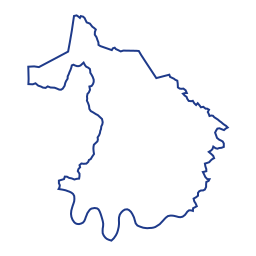 the district of Chapecó, Santa Catarina, Brazil
{"feature_id": "56859067B15703493579664", "entity_name": "Chapecó", "entity_type": "district", "adm_level": 2, "iso_a3": "BRA", "parent_name": "Brazil", "parent_adm1": "Santa Catarina", "projection": "robinson", "projection_center": [-52.66, -27.112], "detail": "fine", "context": "isolated", "style": "outline", "palette": "blue", "viewbox_px": 256, "rotation_deg": 0, "n_neighbors": 0, "source": "geoboundaries", "source_scale": "gbopen_adm2", "svg_char_len": 3966}
<svg xmlns="http://www.w3.org/2000/svg" viewBox="0 0 256 256"><path d="M213.0,115.8L211.2,115.5L209.5,116.0L208.6,113.6L207.8,112.0L209.0,109.7L207.2,108.7L205.6,108.7L203.3,106.8L200.9,107.3L199.4,105.2L197.7,103.2L196.1,105.0L194.2,103.2L192.8,100.8L191.2,101.2L188.7,100.9L187.2,98.7L186.6,96.9L184.6,95.5L183.0,93.7L184.9,93.1L186.8,93.0L185.6,90.3L183.4,88.6L181.7,88.8L179.7,88.6L177.9,87.4L177.7,83.4L177.3,80.7L175.3,79.8L173.9,78.7L172.0,77.8L170.1,76.9L169.3,74.7L156.3,78.1L145.3,61.4L141.2,55.1L138.8,51.0L136.3,50.8L123.3,50.6L120.7,51.4L118.1,50.1L115.9,49.1L114.7,47.7L112.9,48.3L111.8,50.1L100.4,46.1L98.5,44.9L98.4,42.4L97.4,39.9L96.5,37.2L94.8,34.7L94.9,31.9L95.8,29.5L93.9,27.8L92.4,26.8L91.3,25.4L89.9,23.6L86.7,22.4L85.5,20.0L84.7,18.2L83.2,16.7L80.8,16.1L79.9,17.9L78.5,16.7L76.6,15.4L74.0,16.0L71.8,30.8L69.7,43.0L68.1,51.6L52.5,59.9L38.9,67.1L34.2,66.4L28.3,66.7L28.6,79.0L28.4,84.1L32.8,84.3L35.5,83.3L37.0,84.6L38.3,85.7L40.8,86.5L43.0,87.6L45.6,87.9L47.7,86.4L50.5,87.5L54.5,87.7L56.7,88.5L59.2,89.6L61.0,89.7L62.7,88.7L64.6,85.8L65.2,83.2L66.0,81.2L67.6,78.7L67.7,76.3L68.7,74.3L69.4,72.3L70.4,70.1L71.3,67.6L71.8,65.4L73.4,64.7L75.1,65.5L76.9,66.1L78.8,66.1L80.5,65.5L83.6,62.6L85.0,65.2L86.2,66.7L88.1,67.6L89.8,68.9L90.2,70.7L90.3,72.8L91.4,74.5L92.7,76.9L93.7,79.7L93.7,81.9L93.0,84.0L91.6,86.0L89.4,86.5L90.0,89.8L88.8,92.5L87.5,93.8L87.0,96.5L87.2,98.7L86.9,100.6L88.1,103.2L89.0,105.8L89.4,109.0L90.8,111.1L93.0,112.3L96.0,114.2L97.8,115.1L102.0,119.0L102.7,122.2L102.3,124.4L101.3,126.4L101.0,129.1L100.3,130.8L99.9,133.2L99.0,135.4L97.6,137.4L97.9,139.5L97.4,141.4L95.6,143.1L93.9,144.7L93.5,146.8L93.4,148.7L93.6,151.4L94.0,154.0L92.2,156.6L90.7,159.1L88.9,160.0L88.3,161.8L86.4,163.6L83.6,163.8L81.4,163.5L79.5,165.2L80.1,167.2L78.4,169.1L77.8,171.1L79.5,173.7L79.5,176.1L79.1,178.6L76.8,178.8L74.4,179.5L71.7,178.4L69.1,177.9L67.0,176.7L64.8,176.6L64.0,179.1L58.9,180.6L58.9,183.2L59.8,185.2L59.5,187.3L58.6,189.0L61.1,189.4L62.9,189.7L65.6,190.3L67.8,191.1L69.5,191.7L71.5,192.7L73.1,194.0L74.2,196.0L74.4,198.8L74.2,201.2L73.5,203.5L72.7,205.7L72.1,207.7L71.3,210.6L71.0,213.9L71.4,216.8L72.5,219.7L74.2,222.2L75.5,223.3L77.0,223.9L79.0,224.1L81.2,223.5L83.0,222.6L84.3,221.0L85.1,219.2L85.7,217.4L86.6,215.2L87.3,213.3L88.5,211.5L89.9,209.6L91.4,208.6L94.6,208.0L97.1,208.4L98.5,209.4L99.7,211.5L100.7,214.1L101.4,216.3L102.2,219.0L102.8,221.3L103.2,223.7L103.1,226.2L102.7,228.6L102.6,230.5L102.7,233.2L103.7,235.5L105.2,237.5L106.7,238.8L108.6,239.7L111.4,240.6L113.8,238.3L115.9,235.3L117.1,232.9L117.9,230.4L118.7,226.9L119.0,224.1L119.0,222.1L118.9,220.2L119.0,217.5L119.8,214.6L121.3,212.4L122.9,210.8L124.8,209.6L127.2,209.3L128.9,210.0L130.9,211.8L132.3,214.0L133.2,215.8L134.0,217.5L134.7,220.0L135.7,223.4L137.4,225.5L139.4,226.4L141.4,227.1L143.2,227.7L145.4,228.0L147.2,228.2L149.4,228.0L151.6,227.9L153.4,227.6L155.3,227.0L157.2,225.8L159.7,224.2L161.2,222.6L163.0,220.7L164.7,218.8L165.9,217.6L167.9,216.1L170.3,215.6L172.0,215.6L173.8,215.8L176.3,216.4L178.5,217.0L180.3,217.2L182.6,216.7L184.9,215.0L186.2,213.3L187.3,211.7L189.1,210.3L191.2,210.4L192.9,210.9L193.1,208.2L194.9,207.3L196.8,206.2L195.6,203.4L194.3,201.4L193.6,198.6L196.0,197.3L198.0,195.7L198.0,192.9L199.2,191.3L200.9,190.5L203.2,190.4L204.9,189.5L206.1,186.9L206.1,184.6L206.3,182.0L208.6,180.9L209.5,179.2L207.3,179.1L205.3,177.0L204.1,174.4L202.9,172.0L204.8,171.6L206.3,171.2L206.3,169.1L205.4,166.4L204.9,163.6L207.5,162.8L209.2,162.2L210.7,160.5L212.3,159.1L214.1,158.2L213.2,155.8L211.4,154.1L208.8,151.9L211.2,150.4L212.5,149.0L213.3,146.6L215.5,148.2L217.4,148.7L219.3,148.0L221.5,147.8L223.8,146.9L223.8,143.5L222.7,141.5L221.1,140.6L219.2,139.7L217.0,137.9L216.2,135.6L215.1,132.6L216.2,130.4L217.4,128.6L219.5,128.3L221.9,129.3L224.0,130.1L225.8,128.5L227.7,127.5L226.0,125.8L224.5,124.9L222.9,123.7L221.3,122.3L219.5,121.0L217.9,119.6L215.9,118.3L214.2,117.2L213.0,115.8Z" fill="none" stroke="#1e3a8a" stroke-width="2"/></svg>